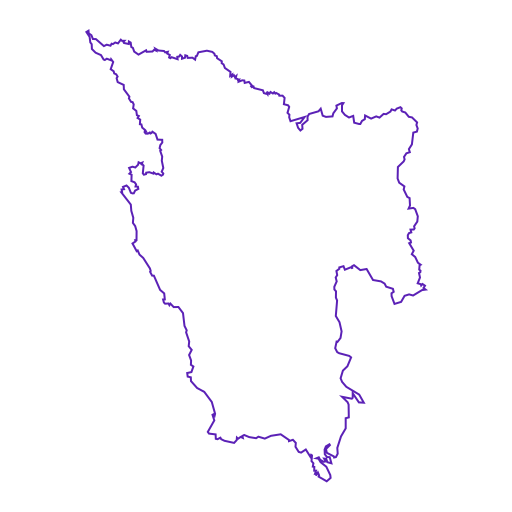 the district of Bago, Bago, Myanmar
{"feature_id": "60261553B52408869304596", "entity_name": "Bago", "entity_type": "district", "adm_level": 2, "iso_a3": "MMR", "parent_name": "Myanmar", "parent_adm1": "Bago", "projection": "orthographic", "projection_center": [96.537, 17.659], "detail": "fine", "context": "isolated", "style": "outline", "palette": "violet", "viewbox_px": 512, "rotation_deg": 0, "n_neighbors": 0, "source": "geoboundaries", "source_scale": "gbopen_adm2", "svg_char_len": 5991}
<svg xmlns="http://www.w3.org/2000/svg" viewBox="0 0 512 512"><path d="M400.4,107.2L396.8,108.6L395.0,110.5L391.6,109.4L390.4,111.6L386.1,114.2L383.6,113.9L379.5,117.6L376.2,116.4L371.1,118.6L365.1,115.5L364.8,119.2L362.0,120.9L360.3,124.0L359.1,124.0L354.2,122.7L353.2,115.9L349.0,117.5L344.9,114.9L342.0,111.4L342.0,105.3L343.4,103.1L341.9,103.0L336.4,105.6L336.9,108.4L333.3,113.3L332.5,116.4L326.0,116.9L322.7,115.7L320.7,108.7L318.5,111.3L309.1,114.0L307.5,116.7L307.6,120.2L302.2,124.8L302.5,128.8L300.4,130.5L298.1,127.8L296.6,123.3L300.2,122.9L304.6,117.0L290.5,121.2L289.2,117.3L289.4,114.7L287.5,112.8L289.2,106.9L288.1,105.3L283.9,104.2L284.6,97.9L282.6,95.7L279.3,95.7L279.0,94.5L276.2,93.0L275.3,93.6L274.2,92.2L272.9,93.5L270.5,92.0L269.5,93.7L268.0,92.6L267.7,94.3L266.8,92.9L266.2,93.8L263.9,93.1L262.9,90.3L254.1,88.1L253.5,86.5L251.9,87.2L251.1,86.3L251.9,85.5L248.9,81.9L244.7,82.9L244.3,80.5L242.3,80.3L238.7,81.7L239.2,79.7L238.0,80.2L237.7,79.0L235.6,78.5L236.2,76.0L234.9,77.1L233.9,75.2L231.9,76.6L232.2,74.5L230.2,75.9L230.5,71.9L224.9,68.0L223.6,64.5L221.7,63.2L221.8,61.3L217.1,58.2L216.8,56.2L214.8,55.4L214.4,53.7L212.3,51.9L206.9,50.7L198.4,52.3L196.9,55.9L195.8,56.2L195.1,59.6L192.5,57.7L187.7,57.9L187.2,55.9L185.3,55.3L185.0,57.7L182.0,58.7L182.0,56.5L180.2,54.9L179.2,56.5L177.3,56.8L177.6,59.2L171.6,57.2L170.4,58.2L169.1,57.5L169.8,55.0L167.2,53.5L167.8,51.8L165.2,52.4L164.0,51.0L158.5,50.5L155.4,48.7L156.2,50.7L154.1,49.8L152.5,51.5L146.6,51.8L146.1,50.3L138.5,54.6L134.2,51.6L132.9,47.9L131.3,47.0L130.7,42.6L128.9,41.5L128.8,44.0L124.0,43.0L123.4,41.9L124.4,40.8L121.9,40.8L120.8,39.7L118.0,43.4L115.2,42.5L112.9,44.1L111.6,43.7L110.5,45.7L106.7,44.7L103.9,46.1L95.9,39.1L92.9,39.0L91.4,35.2L88.7,33.3L88.5,30.7L86.4,32.0L89.6,36.9L90.3,42.4L91.7,44.2L91.9,49.0L95.6,52.7L101.0,55.1L103.6,59.5L104.8,60.0L106.8,58.7L110.8,60.2L111.1,59.2L113.2,62.0L110.7,69.2L113.7,71.3L114.2,73.4L116.2,74.3L117.6,76.6L116.6,78.2L117.7,82.1L123.7,84.9L123.9,89.3L129.4,96.7L128.9,98.4L131.1,101.9L132.6,102.1L133.7,104.4L133.1,108.4L136.3,110.9L136.9,115.2L138.8,116.0L137.6,118.0L140.2,119.6L139.9,124.2L141.4,124.4L142.2,127.6L145.3,130.2L145.9,131.3L144.8,131.0L144.6,132.2L145.7,133.6L147.8,133.7L149.8,132.5L150.4,133.5L151.5,133.0L152.4,131.7L155.6,133.9L157.5,139.6L162.2,139.8L162.3,142.5L160.3,145.1L159.6,148.2L161.1,150.0L160.2,150.8L162.2,156.6L161.8,160.7L163.3,168.0L161.7,171.7L163.3,173.5L163.0,174.6L161.4,175.7L158.0,173.7L156.4,174.3L153.7,172.5L153.4,173.6L149.3,172.2L146.2,172.7L146.0,174.1L143.9,174.7L142.8,173.3L143.6,165.6L142.3,164.2L141.4,165.1L142.3,162.6L140.6,163.3L138.6,162.3L138.1,164.7L135.3,167.5L132.5,166.7L129.1,167.9L131.0,172.1L129.4,173.7L131.6,174.7L131.4,181.1L134.6,182.3L136.1,184.4L135.5,186.5L137.9,186.7L138.3,188.9L135.1,190.6L133.8,193.3L132.5,193.4L130.9,192.8L128.8,187.7L126.5,185.5L123.0,186.9L124.0,189.2L121.6,189.5L122.1,192.0L121.2,192.2L130.8,204.6L131.3,210.8L133.3,217.8L132.9,222.9L135.2,226.1L136.6,231.1L136.5,240.1L135.2,240.2L135.6,241.4L132.5,243.5L136.7,251.2L137.7,250.5L139.5,254.6L143.2,257.9L149.9,268.4L150.7,271.0L150.1,271.8L152.1,275.6L153.9,275.7L160.1,289.9L164.2,293.4L164.8,299.4L163.1,299.5L163.9,302.5L165.1,303.7L168.5,303.5L169.4,305.2L170.4,303.6L173.7,307.1L178.4,307.0L183.0,313.1L184.5,325.9L186.7,330.3L186.1,332.3L189.2,341.5L188.7,346.2L191.7,349.9L189.1,355.0L191.1,360.5L190.9,364.8L193.4,366.5L191.4,372.1L187.2,373.0L187.7,376.6L190.8,377.3L191.0,381.1L197.1,388.0L204.3,391.9L211.8,402.0L215.1,413.8L214.7,415.4L214.0,414.0L212.5,414.8L214.3,420.4L207.8,431.9L209.0,433.6L215.6,434.4L215.8,438.8L217.5,439.2L220.4,437.7L221.2,439.2L224.5,440.8L234.1,442.9L236.7,440.1L236.9,437.6L238.1,438.7L240.7,436.9L242.8,437.9L242.3,436.0L244.2,435.0L249.2,437.1L256.1,438.2L258.4,436.7L264.8,438.6L271.0,435.8L280.7,434.3L289.0,440.0L289.0,441.1L292.9,439.8L295.8,442.9L295.5,446.8L298.7,451.9L301.1,452.6L305.8,449.5L310.3,456.7L311.1,454.8L312.0,455.4L311.5,461.1L313.4,463.3L312.8,466.6L314.3,466.9L314.2,470.7L316.0,470.7L315.1,473.6L316.3,473.2L316.0,475.6L317.9,472.5L319.1,475.3L318.6,476.6L326.7,481.3L330.6,477.9L330.3,475.1L326.3,466.7L320.6,462.2L318.5,458.7L316.4,458.3L318.8,457.3L320.1,459.7L323.6,461.8L325.8,461.4L324.1,458.6L326.2,458.8L327.4,462.2L331.4,463.3L329.7,457.1L327.0,457.1L324.8,454.2L324.6,449.6L325.9,446.4L329.4,444.3L329.9,445.1L326.0,449.0L326.8,452.8L333.8,456.4L334.1,457.5L335.9,457.1L337.7,453.7L337.3,447.9L341.0,436.4L345.7,428.4L345.7,418.2L348.8,417.4L348.6,404.6L347.6,402.2L342.1,396.8L351.8,398.7L352.7,397.8L352.7,393.2L358.9,402.4L363.8,402.7L359.2,394.6L346.3,386.8L342.1,381.9L340.6,378.3L342.9,370.6L347.4,366.3L351.1,357.4L349.2,355.9L339.1,353.2L337.2,352.1L335.2,348.2L336.6,341.6L337.5,341.9L340.5,338.0L341.6,331.4L339.5,322.2L335.8,316.0L337.1,300.5L335.9,297.6L336.0,291.3L334.4,289.5L334.3,286.8L336.7,281.4L335.7,277.5L337.2,275.1L336.4,271.0L339.3,268.8L339.3,267.4L343.5,266.2L344.9,269.7L351.3,267.1L352.3,268.7L352.1,266.3L354.0,265.2L360.3,270.1L366.6,269.0L373.0,280.0L381.0,281.4L384.6,283.6L386.2,286.7L392.9,288.8L393.7,291.8L391.5,293.3L391.6,296.2L394.5,303.9L401.1,301.9L404.6,295.8L409.1,294.4L413.1,295.5L422.0,290.1L425.6,289.6L423.5,288.0L425.0,285.7L422.5,284.0L421.2,285.5L420.8,284.2L417.7,283.3L420.0,277.5L419.0,273.0L420.3,272.2L420.5,270.7L419.2,269.6L419.6,265.2L420.6,264.7L417.9,262.7L415.2,257.0L411.8,254.2L413.7,250.7L409.2,243.2L411.0,242.5L410.6,240.4L407.9,238.2L407.8,235.2L409.0,233.1L411.3,232.4L410.5,229.6L413.8,229.5L414.6,228.4L414.1,226.3L417.3,221.6L417.8,216.3L415.2,209.2L413.4,207.9L408.6,208.6L410.0,205.5L409.6,198.1L407.3,196.9L403.7,189.5L404.4,186.4L399.2,182.7L397.6,178.5L397.9,167.0L403.7,161.4L404.6,159.4L404.0,156.9L406.4,153.3L409.8,152.2L408.9,149.1L411.9,144.4L413.3,132.6L416.9,131.6L417.7,128.5L416.4,125.0L417.1,122.4L412.0,117.4L408.8,116.8L405.3,112.5L402.2,111.5L401.3,110.4L401.7,108.4L400.4,107.2Z" fill="none" stroke="#5b21b6" stroke-width="2"/></svg>